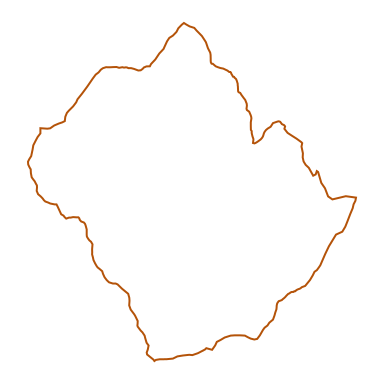 Toepisa, Thimphu, Bhutan (Equal Earth projection)
{"feature_id": "84629894B31491158844122", "entity_name": "Toepisa", "entity_type": "district", "adm_level": 2, "iso_a3": "BTN", "parent_name": "Bhutan", "parent_adm1": "Thimphu", "projection": "equal_earth", "projection_center": [89.777, 27.525], "detail": "fine", "context": "isolated", "style": "outline", "palette": "amber", "viewbox_px": 384, "rotation_deg": 0, "n_neighbors": 0, "source": "geoboundaries", "source_scale": "gbopen_adm2", "svg_char_len": 3997}
<svg xmlns="http://www.w3.org/2000/svg" viewBox="0 0 384 384"><path d="M318.1,172.0L316.8,171.1L315.7,174.4L313.2,175.7L308.8,167.8L305.7,164.9L303.6,161.5L302.7,157.4L302.9,153.3L301.5,146.6L302.2,143.1L301.4,142.2L296.6,138.7L292.2,135.9L287.6,132.9L286.1,131.0L284.4,128.8L285.1,126.4L284.2,125.2L281.9,124.1L280.2,121.8L278.8,121.3L277.7,121.5L273.0,123.1L270.6,126.8L267.8,128.5L266.0,130.0L264.7,131.7L263.9,133.3L263.4,135.1L262.9,136.5L262.1,137.8L260.7,139.4L258.3,141.2L256.7,142.3L255.4,143.0L254.5,143.4L253.0,143.0L253.4,139.9L253.4,139.0L252.5,136.4L252.0,134.4L251.7,133.0L251.7,131.1L250.9,129.9L250.8,126.3L250.8,124.7L250.8,122.3L251.0,120.9L251.2,119.8L251.4,118.3L251.2,116.8L250.7,115.2L249.2,111.7L246.9,110.0L246.5,108.7L246.9,105.7L246.7,103.7L245.2,99.9L243.7,98.0L242.4,96.2L241.7,95.3L240.2,92.9L238.6,92.2L238.1,91.2L237.9,86.4L237.7,85.2L237.7,83.8L236.8,80.8L236.1,79.1L235.3,78.3L234.6,77.8L234.1,76.9L232.9,76.6L232.5,75.7L231.3,73.7L231.0,72.7L230.4,72.0L229.3,72.0L228.6,71.5L227.5,70.6L226.6,70.2L223.3,68.6L220.3,68.0L217.9,67.2L215.7,66.3L212.8,63.8L211.6,63.7L210.9,62.5L210.7,60.9L210.7,58.9L210.6,54.9L210.2,52.6L208.2,48.7L207.8,47.8L206.5,43.9L205.9,42.2L205.1,40.9L201.9,36.0L197.4,31.4L196.6,30.6L194.3,27.9L189.6,26.4L186.1,24.4L183.9,23.0L181.8,24.7L178.3,28.3L176.9,31.1L176.4,32.0L172.9,35.6L169.3,37.9L167.5,40.6L167.0,41.4L164.1,47.7L163.6,48.9L159.3,53.5L155.3,59.5L151.8,63.2L150.9,64.2L149.9,66.3L146.4,66.4L145.1,67.0L144.0,67.4L142.5,69.0L140.7,70.3L139.5,70.4L138.3,70.5L134.0,68.9L131.0,68.1L129.7,68.1L128.3,68.1L127.1,67.5L125.9,67.3L124.9,67.5L123.5,67.5L122.4,67.2L119.1,67.8L116.5,67.0L113.4,67.1L109.3,67.3L106.0,67.2L102.9,68.2L100.8,69.7L98.6,72.4L95.7,74.6L92.8,78.5L89.8,82.9L87.1,86.8L85.1,89.5L82.0,93.7L77.5,99.3L76.2,102.3L73.1,106.4L68.8,110.7L66.9,112.9L65.3,116.8L64.8,121.1L62.2,122.4L58.9,123.5L54.2,125.5L50.2,128.3L47.4,128.7L40.4,128.2L40.4,133.4L37.7,136.9L35.8,140.4L33.3,145.3L32.6,149.5L31.2,156.1L29.3,159.1L28.0,161.7L28.2,164.5L29.6,167.5L30.7,169.3L30.9,173.2L31.7,177.3L33.2,179.4L34.7,181.3L35.9,183.7L36.9,185.4L37.0,187.4L36.7,190.9L38.1,194.2L40.8,196.5L42.7,198.5L43.9,200.2L45.3,201.5L48.3,202.6L50.2,203.5L54.6,204.4L56.5,204.4L57.6,206.5L59.4,210.4L61.2,214.3L63.5,215.6L64.6,217.1L66.2,218.6L69.0,217.6L70.7,217.6L73.1,217.1L76.1,217.3L78.4,217.3L79.2,218.2L79.8,219.9L81.2,221.5L83.9,222.5L85.0,223.8L85.6,225.4L86.7,229.4L86.7,234.8L86.9,236.6L88.0,238.5L89.4,240.4L91.0,241.7L92.5,244.3L92.1,249.3L92.2,252.5L92.1,254.4L92.9,257.3L93.5,260.1L95.1,263.4L96.6,266.0L97.6,267.4L99.4,268.8L102.2,271.2L103.0,273.8L104.6,277.3L106.8,280.2L109.0,282.3L112.8,283.5L115.6,283.5L117.6,284.4L122.0,288.7L128.2,293.8L129.3,297.8L129.5,300.8L129.2,305.4L130.7,309.6L134.3,314.4L135.2,315.9L137.7,321.0L137.6,323.6L137.4,325.5L137.7,326.6L140.7,330.6L142.4,332.3L144.6,335.6L145.3,338.4L146.6,342.8L148.6,345.5L147.8,349.5L146.7,352.5L147.1,354.5L153.4,359.6L154.4,361.0L155.9,359.9L159.5,359.3L166.6,359.2L172.9,358.6L177.4,356.4L182.9,355.5L189.2,354.8L192.4,355.1L197.9,353.2L205.0,349.5L206.3,348.2L212.1,349.8L215.2,345.4L216.8,341.9L220.5,340.0L224.7,337.5L230.7,335.6L235.2,335.3L239.4,335.3L244.9,335.6L247.8,337.2L250.7,338.6L254.3,339.5L257.2,338.9L259.9,335.3L263.0,329.9L264.6,327.7L267.5,325.5L269.3,322.7L273.0,319.6L274.5,315.5L275.3,312.5L276.4,309.4L276.6,307.5L276.7,305.6L277.1,303.7L277.6,302.7L278.7,301.2L280.2,300.7L281.8,300.1L282.6,299.3L284.0,298.2L285.3,297.0L286.3,295.8L288.2,293.9L289.4,293.4L290.5,292.5L291.6,292.0L293.6,291.9L294.3,291.2L295.3,291.2L296.4,290.1L297.2,289.7L298.5,289.1L299.3,288.9L300.5,288.3L301.8,287.2L305.2,285.9L310.0,280.0L312.8,275.3L314.5,271.8L316.9,270.1L318.8,267.5L320.3,265.3L325.3,253.8L328.9,246.3L332.8,239.9L336.0,234.6L342.3,231.7L345.3,226.7L347.3,221.7L350.3,213.9L352.7,208.2L353.6,204.3L355.4,200.8L356.0,197.6L345.8,196.2L332.4,199.4L328.1,196.4L325.0,188.3L321.3,182.9L318.1,172.0Z" fill="none" stroke="#b45309" stroke-width="2"/></svg>